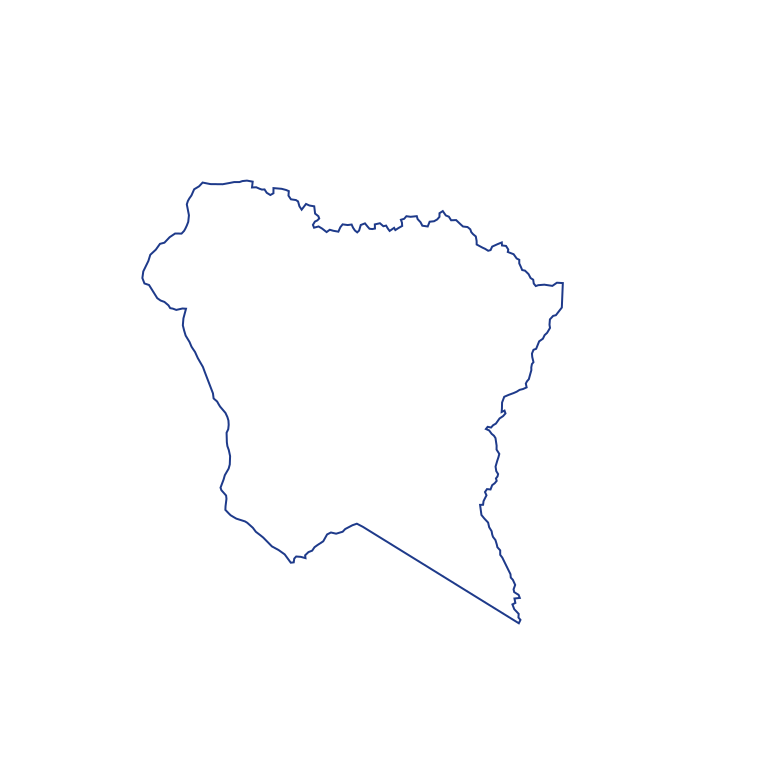 outline of Belém do São Francisco, Pernambuco, Brazil, rotated 51°
{"feature_id": "56859067B50244249389471", "entity_name": "Belém do São Francisco", "entity_type": "district", "adm_level": 2, "iso_a3": "BRA", "parent_name": "Brazil", "parent_adm1": "Pernambuco", "projection": "albers", "projection_center": [-38.984, -8.567], "detail": "fine", "context": "isolated", "style": "outline", "palette": "blue", "viewbox_px": 768, "rotation_deg": 51, "n_neighbors": 0, "source": "geoboundaries", "source_scale": "gbopen_adm2", "svg_char_len": 4113}
<svg xmlns="http://www.w3.org/2000/svg" viewBox="0 0 768 768"><g transform="rotate(51 384 384)"><path d="M654.8,429.8L653.2,426.4L650.1,426.5L647.4,424.0L641.0,424.5L636.1,422.9L636.8,419.7L632.8,417.6L635.7,413.1L632.6,412.1L627.7,413.8L625.1,412.5L622.7,408.5L617.3,407.1L614.2,407.3L611.4,405.4L606.9,404.4L593.3,401.3L589.9,401.2L586.4,398.4L582.2,398.6L579.8,397.4L575.4,395.6L571.4,395.5L569.0,394.6L566.1,393.0L561.5,392.4L557.2,390.3L551.6,390.7L547.1,390.7L538.4,385.4L540.2,383.0L537.7,380.4L536.6,378.0L535.0,374.4L531.5,373.5L530.5,370.1L533.0,367.6L530.7,363.6L530.8,360.4L530.2,357.4L527.8,356.4L527.3,354.0L525.8,352.0L522.4,351.6L518.4,349.3L515.0,344.4L512.9,341.1L510.9,338.4L505.8,337.8L502.8,335.3L496.2,331.4L493.4,331.1L490.5,331.7L486.3,331.5L483.1,333.1L482.5,330.4L485.2,328.2L484.7,325.1L485.2,322.0L483.5,315.9L483.9,311.7L483.3,308.1L480.5,307.1L479.8,310.2L477.3,307.8L472.7,303.9L469.6,298.6L470.9,294.0L472.6,289.0L473.5,285.7L473.9,282.3L475.4,279.1L476.4,275.3L472.9,273.5L471.9,271.2L471.4,268.4L468.6,264.5L466.0,260.8L463.8,259.1L461.6,256.5L461.1,254.1L456.3,251.8L453.5,249.9L451.5,246.3L452.4,243.6L450.4,240.0L448.5,236.6L448.8,232.0L447.1,228.4L446.9,225.1L444.9,219.7L442.1,218.1L438.2,214.4L437.5,209.7L438.7,207.1L437.5,202.0L436.5,197.7L418.1,181.5L414.1,185.9L413.7,191.4L407.7,196.9L404.3,201.9L403.4,204.4L400.2,204.4L396.8,202.4L393.9,203.4L389.6,202.5L384.6,203.1L382.4,204.9L379.0,203.9L375.4,203.0L372.6,200.7L370.0,201.9L364.7,201.6L359.3,204.7L357.7,202.8L353.5,202.3L350.6,205.1L348.1,203.4L346.8,207.7L345.3,213.5L347.0,216.9L346.0,219.2L342.5,220.4L340.1,221.6L333.9,224.2L331.1,222.0L327.1,219.8L323.6,220.5L320.9,220.6L318.1,219.6L314.6,220.3L311.3,223.5L308.1,224.0L302.0,224.8L299.0,228.8L294.8,228.3L291.9,229.9L286.6,229.5L286.2,233.4L289.0,235.7L289.6,239.1L289.0,242.7L286.6,246.4L289.1,250.9L285.1,254.6L281.3,253.8L277.0,254.1L274.2,252.9L270.8,258.1L267.7,261.0L268.3,264.4L267.0,267.5L269.9,268.5L272.6,270.4L271.9,274.6L271.5,278.3L269.0,277.9L268.6,283.3L265.8,283.2L262.2,282.7L261.0,285.2L256.5,286.0L254.2,290.7L257.5,293.2L256.2,295.6L254.2,297.6L251.5,297.7L247.2,297.7L245.8,302.0L249.1,306.8L249.3,309.4L246.4,310.0L243.0,309.7L239.7,308.8L237.6,312.2L233.9,315.7L234.7,319.3L236.9,323.6L233.1,326.9L230.0,329.1L229.8,333.0L224.2,334.3L220.4,335.7L218.5,340.0L215.6,339.1L214.3,335.5L214.9,332.9L214.6,330.2L212.3,329.4L208.2,330.3L202.0,326.4L198.4,329.6L195.0,331.3L196.7,338.3L192.7,337.9L188.0,335.9L185.6,336.7L181.9,340.1L177.5,339.7L174.2,336.6L171.6,338.0L167.9,340.7L162.2,346.6L166.2,349.9L165.6,353.4L161.6,354.8L157.6,354.4L156.1,356.5L154.0,357.8L150.7,359.5L148.2,362.9L144.1,358.7L139.7,362.5L137.2,366.3L136.1,369.3L132.7,373.5L130.6,377.5L127.2,383.7L119.4,393.1L113.3,398.2L114.0,403.3L113.2,409.0L116.3,415.0L117.3,418.6L118.4,421.3L120.3,424.2L130.1,429.4L134.8,434.1L136.8,437.6L138.2,440.5L139.2,443.0L139.7,446.7L135.6,451.6L135.0,458.2L136.0,465.7L134.1,469.9L136.0,476.8L136.5,484.3L140.1,489.7L145.0,500.2L149.6,505.1L155.1,506.9L159.2,504.3L174.6,506.2L178.5,505.1L182.0,503.0L187.2,502.0L190.5,502.4L192.5,500.7L195.7,498.8L198.5,493.1L200.9,490.5L206.8,498.6L211.8,503.4L216.7,505.7L221.6,507.7L229.0,508.7L233.8,510.1L236.6,510.4L240.2,510.7L243.6,511.6L246.7,512.4L251.7,513.2L256.8,514.0L261.8,515.7L267.6,517.6L283.6,522.8L288.0,525.5L292.6,524.7L295.4,525.2L298.4,525.6L306.7,525.4L311.1,526.5L314.5,527.9L318.0,530.4L321.1,533.5L322.8,537.0L330.4,542.8L333.7,544.8L337.7,546.2L343.2,549.0L349.5,554.5L352.0,558.0L354.7,565.1L357.3,568.8L361.7,576.3L364.2,577.2L371.3,576.9L374.1,578.7L379.3,584.1L382.0,586.5L386.9,586.1L389.5,585.8L392.8,584.6L395.7,583.5L403.3,578.5L405.8,577.6L413.2,576.4L418.2,576.6L424.0,575.2L427.3,574.5L439.7,573.3L446.7,570.4L453.9,568.4L464.2,568.9L465.8,566.4L463.2,563.6L462.8,560.8L465.9,557.5L469.9,554.6L467.5,553.1L467.1,548.5L468.3,544.7L467.1,540.7L467.3,537.1L468.0,530.2L465.1,522.9L466.0,518.7L470.2,515.4L472.8,509.1L472.3,505.4L473.9,497.4L475.5,493.0L481.7,490.3L558.0,463.6L590.7,452.2L654.8,429.8Z" fill="none" stroke="#1e3a8a" stroke-width="2"/></g></svg>